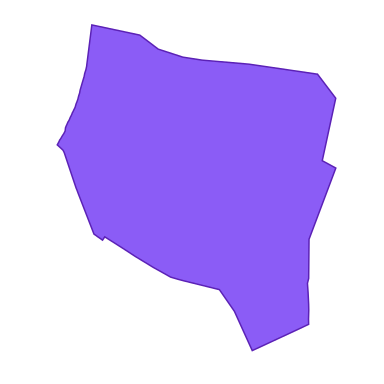 the district of San Juan Guelavía, Oaxaca, Mexico, rotated 192°
{"feature_id": "50627088B68780091021819", "entity_name": "San Juan Guelavía", "entity_type": "district", "adm_level": 2, "iso_a3": "MEX", "parent_name": "Mexico", "parent_adm1": "Oaxaca", "projection": "robinson", "projection_center": [-96.523, 16.958], "detail": "fine", "context": "isolated", "style": "filled", "palette": "violet", "viewbox_px": 384, "rotation_deg": 192, "n_neighbors": 0, "source": "geoboundaries", "source_scale": "gbopen_adm2", "svg_char_len": 1564}
<svg xmlns="http://www.w3.org/2000/svg" viewBox="0 0 384 384"><g transform="rotate(192 192 192)"><path d="M70.9,313.6L93.8,333.4L94.3,333.3L162.7,328.9L209.4,323.1L229.0,322.0L254.7,324.7L275.7,334.6L324.7,334.6L321.3,293.9L321.2,293.4L321.2,289.7L321.6,285.6L321.5,282.0L321.6,281.7L322.0,276.6L322.2,273.9L322.3,272.5L322.6,268.4L322.5,265.5L322.8,262.8L322.9,260.8L322.9,259.5L323.0,258.5L323.3,256.3L323.7,254.1L323.9,251.1L323.9,250.8L324.0,250.3L324.1,250.0L324.2,249.4L324.4,248.8L324.5,248.3L324.7,247.7L324.8,247.1L324.9,246.7L325.0,246.2L325.1,245.8L325.3,245.2L325.5,244.6L325.6,244.1L325.6,243.7L325.8,242.6L326.0,241.8L326.1,241.3L326.5,240.0L326.8,238.6L326.8,238.1L327.0,237.5L327.1,236.8L327.3,236.2L327.4,235.8L327.8,235.0L328.0,234.1L328.4,232.0L328.6,231.2L328.8,230.3L329.1,228.5L328.9,226.6L328.8,225.0L329.2,223.8L329.5,222.5L330.0,221.3L330.5,220.0L330.9,218.8L331.3,217.5L331.8,216.2L332.3,215.2L332.3,214.9L332.6,213.5L333.6,210.1L326.9,206.1L325.2,204.0L306.2,171.8L304.9,169.9L303.0,166.9L279.1,130.4L278.4,130.1L277.8,129.9L277.3,129.7L276.8,129.5L276.2,129.2L275.8,129.0L274.7,128.5L274.1,128.3L273.6,128.1L273.2,127.9L272.7,127.7L272.2,127.5L271.7,127.3L270.5,126.7L270.0,126.5L269.5,126.3L268.0,130.0L249.4,123.1L233.9,117.1L214.2,110.2L195.2,104.3L187.3,103.7L181.2,103.4L144.9,102.2L125.7,84.1L100.1,49.4L76.9,66.8L50.4,86.8L51.6,91.9L53.2,100.6L54.6,106.6L57.5,117.6L58.9,122.5L60.1,126.7L59.9,131.7L67.7,170.1L64.0,194.5L56.3,245.3L71.1,249.7L71.0,283.7L70.9,313.6Z" fill="#8b5cf6" stroke="#5b21b6" stroke-width="1.5"/></g></svg>